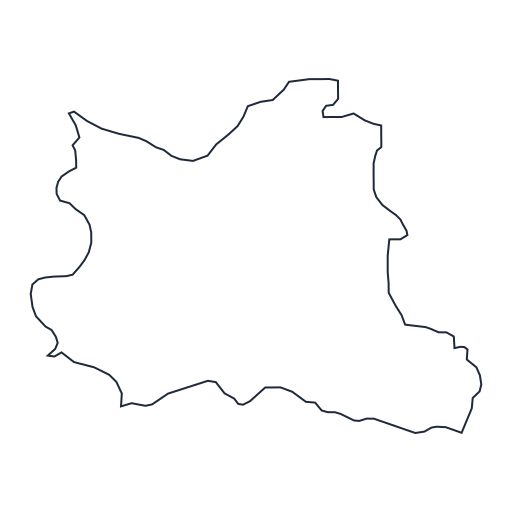 outline of Gugark, Lori, Armenia
{"feature_id": "60910142B58118729111038", "entity_name": "Gugark", "entity_type": "district", "adm_level": 2, "iso_a3": "ARM", "parent_name": "Armenia", "parent_adm1": "Lori", "projection": "mercator", "projection_center": [44.544, 40.817], "detail": "fine", "context": "isolated", "style": "outline", "palette": "slate", "viewbox_px": 512, "rotation_deg": 0, "n_neighbors": 0, "source": "geoboundaries", "source_scale": "gbopen_adm2", "svg_char_len": 2096}
<svg xmlns="http://www.w3.org/2000/svg" viewBox="0 0 512 512"><path d="M47.8,355.6L54.4,356.5L61.5,352.4L62.7,353.3L74.0,362.1L94.1,367.3L109.2,374.8L116.4,381.9L121.8,393.5L121.3,402.1L121.0,406.4L131.6,403.2L145.4,405.8L152.1,404.4L168.0,393.6L207.9,380.8L215.8,382.1L224.6,393.4L234.2,398.6L238.2,403.9L243.0,404.7L250.0,401.2L265.2,387.5L280.5,387.4L292.3,391.8L305.9,401.8L315.1,402.6L321.7,410.5L327.8,412.2L334.8,412.2L340.5,413.9L354.1,420.5L359.3,420.9L366.7,418.6L373.9,418.7L415.3,433.0L424.4,431.6L431.4,427.6L436.7,426.7L445.8,427.2L461.6,432.8L468.0,417.4L471.8,408.3L472.7,398.0L479.6,391.4L481.3,384.5L479.9,375.3L476.4,367.3L466.8,359.5L467.5,349.5L464.4,347.1L460.6,346.8L454.5,348.1L453.8,336.5L446.3,332.3L438.6,332.3L430.8,328.9L425.7,327.1L408.8,325.1L405.1,324.6L401.6,315.2L395.6,305.7L388.7,292.8L388.6,283.3L387.7,272.1L387.7,263.5L387.7,255.7L389.3,239.4L394.5,239.3L400.5,239.3L407.4,235.0L406.5,230.7L403.0,224.6L400.4,219.5L396.1,215.2L390.1,210.9L382.3,204.9L376.3,197.1L373.7,189.4L373.7,184.2L373.6,174.7L373.6,163.5L375.2,156.0L375.3,155.7L375.7,154.6L377.0,150.5L381.3,147.1L381.3,141.0L381.2,133.3L381.2,125.5L373.5,123.8L364.8,120.4L353.6,113.5L341.6,117.0L331.3,117.0L323.5,117.1L322.6,111.0L326.1,105.8L333.0,104.9L338.1,98.9L338.0,88.5L338.0,80.7L329.4,79.0L323.4,79.1L309.6,79.1L289.0,81.8L283.8,89.6L272.7,100.0L260.7,101.8L247.8,106.2L243.5,116.6L237.6,126.1L228.1,134.8L216.2,144.4L207.6,155.6L193.0,160.9L180.1,159.3L171.5,155.9L163.7,149.9L156.0,147.3L146.5,141.3L138.7,137.9L118.9,133.8L101.7,128.7L87.0,121.0L74.0,111.6L68.9,113.4L75.8,125.4L79.4,137.5L72.6,145.3L75.2,150.5L76.1,160.0L76.2,167.7L69.3,171.2L66.8,172.9L61.6,176.5L58.2,181.7L56.5,187.7L56.6,193.8L60.1,200.6L69.5,203.2L75.6,209.1L84.2,215.1L89.5,224.6L91.2,232.3L91.3,242.7L88.8,252.2L84.6,260.0L79.5,266.9L78.5,268.0L72.6,274.7L66.5,276.1L65.1,276.2L53.8,276.6L45.2,277.5L38.3,279.3L32.4,284.5L30.7,294.0L32.0,303.0L32.5,306.9L36.0,316.3L42.3,323.1L45.0,326.0L45.6,326.6L51.6,330.0L55.9,336.9L57.7,342.9L55.2,348.9L47.8,355.6Z" fill="none" stroke="#1e293b" stroke-width="2"/></svg>